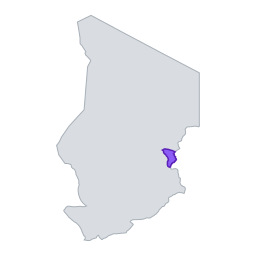 Assoungha, Ouaddaï, Chad shown in context
{"feature_id": "50815135B12284790062818", "entity_name": "Assoungha", "entity_type": "district", "adm_level": 2, "iso_a3": "TCD", "parent_name": "Chad", "parent_adm1": "Ouaddaï", "projection": "mercator", "projection_center": [22.07, 13.467], "detail": "fine", "context": "in_parent", "style": "filled", "palette": "violet", "viewbox_px": 256, "rotation_deg": 0, "n_neighbors": 0, "source": "geoboundaries", "source_scale": "gbopen_adm2", "svg_char_len": 5017}
<svg xmlns="http://www.w3.org/2000/svg" viewBox="0 0 256 256"><path d="M199.3,72.8L199.3,79.2L199.3,85.6L199.3,92.0L199.3,98.3L199.3,104.7L199.3,111.0L199.3,117.3L199.3,123.6L199.4,125.7L199.2,126.5L198.8,126.8L195.6,126.2L194.2,126.2L192.2,126.6L189.3,126.8L187.5,126.8L186.2,127.9L185.1,129.2L185.6,132.3L185.5,133.3L185.1,134.4L184.2,135.3L183.4,136.0L182.8,136.7L182.2,138.1L181.7,138.7L181.7,139.6L181.6,140.5L181.0,141.0L179.7,141.4L178.8,141.8L178.1,142.5L177.7,142.9L177.9,143.6L178.2,144.5L178.4,145.9L178.6,146.7L179.2,147.3L179.6,147.8L179.8,148.4L179.4,148.9L177.7,149.9L177.1,150.2L176.3,150.7L176.0,150.9L174.8,151.9L174.2,152.7L173.9,153.4L173.9,154.4L174.6,155.8L175.2,157.1L175.5,158.0L175.6,159.0L175.6,160.0L175.2,160.8L174.6,161.6L172.4,163.0L171.2,164.6L170.3,166.4L170.1,167.5L170.4,168.2L170.8,168.7L171.5,169.0L172.5,169.1L174.1,168.8L175.6,168.6L177.3,169.3L178.1,170.9L177.8,172.0L178.4,174.1L178.9,176.6L178.9,177.5L179.1,177.8L180.1,178.0L180.4,178.6L180.0,183.0L180.5,184.3L181.2,185.1L181.9,185.6L182.7,186.2L183.1,186.6L184.0,186.7L185.0,187.5L185.3,188.6L185.2,189.6L184.6,191.9L184.1,193.4L183.6,193.3L182.4,192.9L180.9,192.6L179.2,192.3L177.5,192.9L175.7,193.7L175.1,194.3L174.6,194.7L173.8,194.6L173.1,194.7L172.7,195.3L172.0,195.9L169.4,197.2L168.8,197.7L168.5,198.1L168.5,198.6L168.8,199.7L168.8,201.0L168.2,202.0L167.5,202.8L166.7,203.0L166.1,203.2L165.7,203.6L164.3,206.0L163.7,206.5L162.5,206.4L159.1,210.0L158.7,211.0L157.5,212.5L155.9,214.2L154.4,215.0L154.3,215.3L153.9,215.6L153.1,216.0L150.0,218.0L146.4,217.9L144.8,218.7L143.2,219.1L140.9,219.5L140.2,219.4L137.3,219.6L133.8,219.6L132.5,219.8L131.3,220.6L130.3,221.3L130.2,221.5L130.3,221.8L130.3,222.0L132.7,223.7L133.3,224.5L132.7,225.3L132.4,225.4L132.0,226.1L130.6,227.9L128.4,230.1L127.3,230.8L126.9,231.2L126.3,232.6L125.9,232.8L124.5,233.0L121.5,233.2L117.5,233.7L115.1,233.8L113.6,233.7L111.4,234.7L110.7,235.0L110.2,235.0L108.1,236.0L106.4,237.5L105.7,237.8L103.3,238.5L102.3,239.5L101.8,239.6L100.3,238.2L99.2,237.0L98.7,235.7L98.6,235.3L98.3,235.4L97.4,235.9L96.7,236.6L96.3,237.8L93.8,238.6L91.6,239.3L90.6,240.2L89.1,240.6L87.2,240.5L85.7,240.1L84.2,240.0L84.9,238.9L85.2,238.1L85.2,237.0L85.1,236.4L84.2,236.0L83.7,235.5L82.4,232.3L81.1,229.1L79.2,225.8L77.2,223.8L75.8,222.5L75.3,222.4L74.6,222.0L74.0,221.6L71.4,219.4L68.6,217.0L67.9,215.9L66.5,214.2L65.0,212.5L64.2,211.7L63.8,210.3L64.9,209.0L66.0,207.4L67.4,206.3L69.2,206.2L72.2,206.7L75.4,206.8L78.6,206.5L79.5,206.3L80.3,206.3L82.0,206.7L85.0,206.6L86.5,205.9L84.9,204.8L83.1,203.1L81.4,201.1L80.4,199.4L79.5,197.1L78.6,194.3L78.1,190.7L78.2,188.6L78.4,187.2L79.3,184.8L78.7,183.4L78.9,182.3L78.8,180.6L78.5,179.7L77.3,176.9L77.1,176.6L76.1,174.7L75.6,171.5L74.4,169.3L72.6,168.3L71.5,167.1L71.1,164.8L70.4,164.3L67.4,163.5L65.0,163.5L63.2,161.0L60.9,157.8L58.8,154.8L57.4,148.8L56.6,145.3L57.5,144.3L59.3,141.8L61.5,137.1L66.5,129.8L69.1,126.1L74.2,120.5L80.5,113.6L84.1,109.8L84.7,102.7L85.3,95.2L85.7,89.5L86.3,82.7L86.8,77.0L87.1,72.9L87.6,67.0L88.0,65.9L90.5,61.2L90.7,60.6L90.3,59.8L86.7,55.9L85.6,55.0L85.0,53.0L85.9,51.8L81.6,45.2L80.6,44.3L80.1,43.5L80.1,42.3L80.0,37.7L78.9,30.5L77.4,22.0L82.4,19.6L86.2,17.7L91.0,15.4L95.5,17.8L102.0,21.3L108.5,24.7L114.9,28.2L121.4,31.7L127.9,35.1L134.4,38.6L140.9,42.0L147.4,45.5L153.9,48.9L160.4,52.4L166.9,55.8L173.4,59.2L179.8,62.6L186.3,66.0L192.8,69.4L199.3,72.8Z" fill="#d9dde1" stroke="#a8b0b8" stroke-width="1"/><path d="M167.5,161.7L167.4,162.4L167.4,163.3L167.5,163.7L167.4,164.9L167.8,166.1L168.2,166.5L169.0,167.0L169.5,167.1L170.0,167.2L170.3,166.9L170.4,166.7L170.5,166.7L170.5,166.2L170.7,165.9L170.8,165.7L170.9,165.4L171.0,165.1L171.1,164.7L171.5,164.3L171.5,164.2L171.5,163.9L171.6,163.7L171.9,163.6L172.0,163.6L172.2,163.4L172.3,163.3L172.3,163.2L172.5,163.1L172.6,162.9L172.6,162.7L172.8,162.6L173.1,162.6L173.3,162.5L173.5,162.5L173.5,162.4L173.8,162.3L174.0,162.3L174.3,162.2L174.5,161.9L174.5,161.7L174.9,161.5L174.9,161.4L174.9,161.1L175.0,161.0L175.2,160.9L175.3,160.8L175.3,160.7L175.5,160.7L175.7,160.4L175.8,160.3L175.9,160.2L176.0,160.1L176.1,159.9L176.3,159.8L176.3,159.7L176.4,159.4L176.3,159.1L176.2,159.0L176.2,158.9L176.0,158.7L175.9,158.7L175.7,158.5L175.7,158.4L175.5,158.2L175.4,158.1L175.5,157.9L175.5,157.7L175.4,157.6L175.4,157.4L175.5,157.2L175.5,156.9L175.4,156.9L175.2,156.8L175.2,156.7L175.0,156.4L174.9,156.4L174.7,156.3L174.7,156.2L174.5,155.9L174.4,155.8L174.4,155.7L174.2,155.4L174.2,155.2L174.1,154.9L174.3,154.7L174.2,154.5L174.2,154.3L174.1,154.2L173.9,154.1L173.7,153.9L173.5,153.7L173.8,153.3L174.3,152.7L174.8,152.1L175.0,152.0L175.1,151.9L174.8,151.8L174.2,151.4L173.7,151.1L172.7,150.8L172.3,150.6L169.5,149.8L168.0,149.3L166.9,149.3L166.5,149.2L165.8,149.0L164.9,148.9L164.1,149.1L163.2,149.7L162.4,150.1L163.2,150.6L163.6,151.1L163.5,151.9L163.7,152.8L164.0,153.2L164.5,153.6L164.8,154.1L165.6,154.3L166.1,155.4L166.8,156.3L167.8,157.5L168.4,159.9L168.2,160.7L167.7,161.0L167.5,161.7Z" fill="#8b5cf6" stroke="#5b21b6" stroke-width="1.5"/></svg>